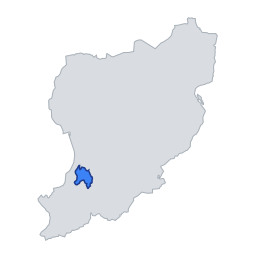 where Qazvin sits in Iran, rotated 265°
{"feature_id": "IRN-3235", "entity_name": "Qazvin", "entity_type": "Province", "adm_level": 1, "iso_a3": "IRN", "parent_name": "Iran", "parent_adm1": "", "projection": "natural_earth1", "projection_center": [49.608, 36.125], "detail": "fine", "context": "in_parent", "style": "filled", "palette": "blue", "viewbox_px": 256, "rotation_deg": 265, "n_neighbors": 0, "source": "natural_earth", "source_scale": "10m", "svg_char_len": 4486}
<svg xmlns="http://www.w3.org/2000/svg" viewBox="0 0 256 256"><g transform="rotate(265 128 128)"><path d="M127.9,62.9L130.8,63.1L136.2,61.2L136.7,60.8L138.2,57.2L140.1,55.5L143.3,53.6L145.3,52.9L152.7,53.2L153.2,51.7L154.4,51.0L162.4,51.4L163.6,52.5L164.2,54.6L170.9,56.5L172.2,57.1L173.9,58.7L175.2,59.1L176.9,58.4L178.0,58.9L179.8,58.4L185.0,60.7L185.7,63.0L186.7,64.1L187.9,65.1L192.0,66.9L193.3,67.9L196.4,72.2L204.7,72.2L205.2,73.1L205.2,74.9L205.9,79.4L205.3,81.0L206.5,82.4L206.4,85.2L206.9,87.1L206.0,89.8L205.1,90.3L205.7,92.6L204.9,94.9L205.1,95.8L203.8,97.7L203.8,98.5L201.4,100.3L203.3,102.9L200.6,103.1L199.0,105.9L199.6,109.2L199.2,110.9L199.5,111.9L200.2,112.6L203.8,113.2L203.9,113.7L200.2,118.5L200.5,120.4L203.5,130.3L203.2,135.2L203.7,140.3L212.9,141.8L213.9,143.1L214.7,145.9L214.7,148.0L214.4,149.1L204.6,162.0L209.9,168.4L210.2,169.9L213.5,176.1L216.5,179.4L221.6,181.1L224.0,183.5L226.1,183.4L226.0,186.6L227.0,193.3L226.5,196.4L228.3,197.0L231.0,196.5L232.0,197.1L232.6,198.2L231.9,198.9L232.1,201.5L231.4,202.0L231.2,204.5L227.1,204.6L223.3,205.7L221.9,206.6L221.2,208.4L219.9,208.2L219.5,208.9L216.8,210.1L216.0,215.2L215.0,216.4L214.4,223.7L213.8,223.8L212.5,225.0L204.2,222.6L203.3,220.9L202.4,220.6L201.2,222.3L197.1,221.3L195.7,221.6L194.8,221.1L192.6,221.0L190.8,220.0L186.3,220.9L183.5,219.0L180.6,218.5L176.9,218.5L174.0,217.2L172.4,217.7L171.7,216.8L167.3,215.9L165.8,212.6L165.8,211.0L164.7,208.2L164.2,204.1L163.2,201.1L161.3,198.7L156.3,197.2L153.7,198.0L151.7,199.4L148.6,200.2L146.1,202.9L144.7,202.7L138.8,206.4L137.6,206.4L133.2,203.9L131.2,203.4L127.2,203.5L125.0,201.8L124.4,200.6L119.2,198.0L116.0,195.6L115.0,193.3L113.6,191.7L110.5,190.4L108.7,189.0L103.9,188.4L100.5,184.9L100.4,183.7L98.4,179.8L98.1,177.0L97.6,176.3L95.9,175.1L95.7,174.3L96.0,172.5L93.8,171.4L93.5,170.6L93.5,167.8L88.3,161.2L87.2,157.5L86.3,157.3L81.6,159.7L80.2,158.4L76.2,156.0L75.6,155.2L76.6,154.7L77.6,155.1L78.3,154.6L78.0,153.9L77.0,153.4L75.6,153.4L76.0,154.1L74.7,154.8L74.4,155.8L74.7,158.5L74.1,159.3L72.0,159.7L70.6,160.6L69.4,159.6L69.1,157.6L68.3,156.3L67.1,155.9L66.3,154.6L64.9,153.9L64.8,147.0L61.2,146.8L61.3,141.6L62.9,136.3L59.5,131.6L58.0,128.0L57.1,127.3L55.3,127.4L49.4,122.6L47.3,121.3L44.5,120.9L44.2,119.2L44.9,117.3L43.5,114.9L43.1,114.1L42.0,113.8L42.1,112.3L40.5,112.4L37.7,108.1L36.9,107.5L38.5,104.3L37.4,101.6L38.1,99.4L39.6,99.5L40.1,96.6L42.7,93.5L45.0,92.2L45.2,91.3L44.8,89.6L43.4,87.6L43.6,85.8L44.0,85.0L46.5,84.0L46.6,83.7L45.5,83.0L41.3,83.0L39.0,81.0L36.9,80.5L35.7,76.0L35.3,75.4L34.3,75.3L33.7,74.4L33.4,71.4L31.9,70.1L30.8,65.7L30.7,64.6L31.1,63.6L28.8,61.7L28.5,58.8L29.0,58.1L26.4,55.9L25.2,55.8L25.0,55.5L26.9,50.9L27.7,49.9L26.1,49.2L26.1,46.9L25.7,45.0L25.9,43.2L24.9,41.9L24.6,41.2L25.0,39.2L24.0,38.2L23.4,36.1L27.3,35.5L28.0,32.3L29.4,31.0L31.8,32.5L35.2,37.7L37.2,39.2L38.7,41.0L45.9,42.8L47.5,42.2L50.0,42.3L53.2,39.1L54.6,38.7L58.3,35.5L62.9,32.5L65.2,32.1L68.7,35.8L66.7,37.0L66.4,37.9L66.6,38.8L68.1,39.8L68.3,40.8L67.8,41.4L65.8,41.9L65.2,43.0L67.4,44.7L68.4,46.2L69.6,46.5L71.5,48.8L74.4,48.5L75.0,54.1L76.6,58.6L79.7,60.6L87.7,62.1L88.6,63.0L89.9,65.5L92.0,67.3L98.2,70.9L105.1,72.5L109.7,72.4L126.4,68.4L128.0,68.4L125.5,69.4L126.4,69.9L128.6,69.9L129.1,69.4L129.1,68.8L127.9,62.9ZM154.5,200.9L153.5,202.5L151.9,203.8L150.8,203.4L146.1,205.4L144.9,205.3L144.7,204.7L149.8,202.4L150.1,201.8L149.7,200.6L151.4,201.1L153.2,200.1L154.7,199.8L155.5,200.5L154.5,200.9Z" fill="#d9dde1" stroke="#a8b0b8" stroke-width="1"/><path d="M78.3,69.9L79.3,70.4L79.4,70.6L79.5,71.0L80.1,71.8L80.7,72.4L82.2,72.8L82.7,72.8L83.1,72.9L83.3,73.0L84.3,73.2L84.8,73.1L86.8,72.1L87.0,72.0L87.3,71.9L88.1,71.7L89.6,71.8L92.4,74.2L93.0,74.5L94.8,75.8L94.9,76.2L94.9,76.5L92.4,76.2L91.1,76.3L90.8,76.7L91.4,77.5L91.8,77.8L92.5,78.1L93.0,78.5L92.7,79.6L92.2,80.7L92.1,81.2L91.7,81.5L89.5,82.6L89.0,83.2L88.8,83.7L88.9,84.1L89.2,84.7L89.4,85.1L89.1,85.0L88.5,85.1L86.5,85.9L86.1,85.9L85.5,86.1L84.9,86.4L83.0,87.0L82.6,87.3L82.3,88.0L80.4,88.1L80.1,87.9L78.6,87.5L78.3,87.6L76.9,87.4L76.2,86.8L76.5,86.3L76.1,85.8L75.2,85.3L74.1,85.3L73.6,85.5L72.8,84.3L71.4,83.1L71.4,82.7L71.6,82.5L72.0,82.4L72.4,82.4L72.8,82.3L73.4,81.9L74.4,81.6L75.1,81.7L76.0,82.1L76.1,81.5L76.7,80.7L77.8,80.1L79.8,79.6L80.0,79.2L79.8,77.8L79.6,77.3L79.3,76.7L79.1,76.1L78.9,75.7L78.6,75.5L78.4,75.3L78.2,75.2L77.9,75.2L77.4,74.9L77.0,74.4L76.7,73.5L76.1,72.8L75.9,72.0L76.3,71.0L77.5,70.2L78.3,69.9Z" fill="#3b82f6" stroke="#1e3a8a" stroke-width="1.5"/></g></svg>